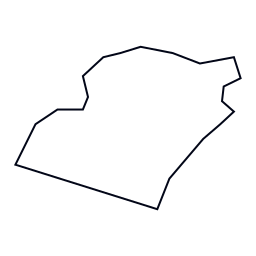 the border of Qrendi
{"feature_id": "MLT-5972", "entity_name": "Qrendi", "entity_type": "state/province", "adm_level": 1, "iso_a3": "MLT", "parent_name": "Malta", "parent_adm1": "", "projection": "mercator", "projection_center": [14.452, 35.828], "detail": "fine", "context": "isolated", "style": "outline", "palette": "ink", "viewbox_px": 256, "rotation_deg": 0, "n_neighbors": 0, "source": "natural_earth", "source_scale": "10m", "svg_char_len": 363}
<svg xmlns="http://www.w3.org/2000/svg" viewBox="0 0 256 256"><path d="M157.3,209.2L15.4,164.7L35.5,124.2L57.5,109.5L82.9,109.5L88.0,97.0L82.9,76.1L103.3,57.2L120.2,53.1L140.6,46.8L172.8,53.1L199.9,63.5L233.9,57.2L240.6,78.2L223.7,86.5L222.0,101.2L233.9,111.6L220.3,124.2L203.3,138.8L169.4,178.6L157.3,209.2Z" fill="none" stroke="#020617" stroke-width="2"/></svg>